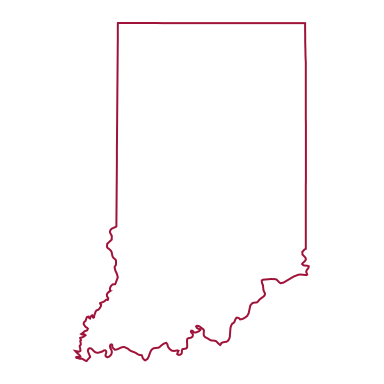 the State of Indiana
{"feature_id": "USA-3547", "entity_name": "Indiana", "entity_type": "State", "adm_level": 1, "iso_a3": "USA", "parent_name": "United States of America", "parent_adm1": "", "projection": "robinson", "projection_center": [-86.788, 39.771], "detail": "fine", "context": "isolated", "style": "outline", "palette": "rose", "viewbox_px": 384, "rotation_deg": 0, "n_neighbors": 0, "source": "natural_earth", "source_scale": "10m", "svg_char_len": 5123}
<svg xmlns="http://www.w3.org/2000/svg" viewBox="0 0 384 384"><path d="M305.1,28.4L305.2,35.1L305.2,41.9L305.4,49.4L305.5,56.1L305.8,62.5L305.8,69.3L305.8,76.2L305.8,83.1L305.8,90.0L305.8,96.8L305.8,103.7L305.8,110.6L305.8,117.5L305.9,124.4L305.9,131.2L305.9,138.1L305.9,145.0L305.9,151.9L305.9,158.8L305.9,165.6L305.9,172.5L305.9,179.5L305.8,186.4L305.8,193.3L305.8,200.3L305.8,207.2L305.8,214.1L305.8,221.1L305.8,228.0L305.8,234.9L305.8,241.9L305.8,248.8L304.4,249.6L302.3,251.9L302.5,254.6L304.5,256.6L305.5,257.8L305.9,259.3L305.2,260.8L302.7,263.1L302.1,264.0L303.0,265.0L304.1,265.5L307.1,265.7L308.7,266.2L308.6,267.5L307.7,269.0L306.7,270.1L306.2,271.8L307.2,274.6L306.2,275.1L300.5,274.5L298.1,274.8L293.6,276.6L283.5,282.6L280.6,283.2L279.3,282.4L276.8,279.8L275.6,279.2L271.2,279.0L263.1,279.7L261.8,280.4L261.8,282.0L262.3,283.8L262.9,285.0L263.5,290.3L265.0,293.6L264.7,295.2L263.7,296.4L260.0,299.1L259.0,300.2L257.9,301.6L256.9,302.4L253.9,302.7L252.4,303.1L250.3,305.5L248.7,313.1L247.2,316.0L244.7,317.8L243.3,318.6L240.7,319.4L239.9,319.3L239.5,318.6L239.1,318.3L238.3,317.9L237.3,317.7L236.6,317.7L235.7,318.7L234.2,322.3L233.5,323.0L232.3,323.6L231.4,325.1L230.7,327.0L230.4,328.8L229.8,336.9L229.1,339.1L228.6,339.9L228.1,340.6L227.4,341.2L226.6,341.7L223.2,342.3L221.5,342.9L220.8,344.3L220.2,345.0L218.7,343.8L216.0,341.1L214.4,340.7L210.9,340.4L209.5,339.6L208.3,338.8L205.5,337.3L204.4,336.4L203.8,335.2L203.7,333.9L203.9,330.3L203.3,329.3L199.6,326.5L198.3,325.9L196.9,325.8L196.1,326.4L196.9,327.9L198.3,328.8L199.8,329.2L200.4,329.8L199.1,331.2L196.2,332.4L194.5,332.5L193.7,332.3L193.3,331.5L192.9,331.1L192.1,330.7L191.3,330.7L190.9,331.5L191.2,332.4L192.5,333.7L192.9,334.7L192.6,336.5L191.4,337.5L189.8,338.0L188.3,338.2L187.3,338.9L187.0,340.7L187.2,346.3L187.0,347.6L186.1,348.5L182.4,349.2L181.9,350.5L181.9,352.2L181.4,353.9L179.9,354.8L178.2,354.8L177.2,354.0L177.7,352.5L178.5,350.8L177.2,350.4L174.1,351.0L171.6,350.6L169.5,348.9L167.9,346.6L167.4,344.3L166.2,342.8L163.7,343.7L161.0,345.7L159.4,347.2L158.5,347.7L154.4,348.1L153.1,348.6L152.1,349.3L151.3,350.2L150.5,351.6L148.5,357.0L147.4,359.0L145.2,360.4L144.4,359.9L143.8,359.4L142.7,358.0L142.4,357.1L142.2,356.2L141.9,355.4L141.1,355.1L139.8,355.0L138.8,354.7L138.0,354.4L135.6,352.8L130.8,350.9L129.5,350.1L128.3,349.0L126.7,348.1L125.0,347.3L123.5,346.9L120.6,347.7L117.7,349.2L114.9,349.8L112.5,347.5L112.3,346.7L112.3,345.2L112.0,344.6L111.4,344.4L110.8,344.5L110.3,345.0L110.0,346.1L110.3,348.0L111.6,350.5L111.9,352.2L111.2,354.6L109.4,356.5L107.3,357.3L105.7,356.3L105.5,355.0L106.3,352.2L106.1,351.0L105.2,350.3L104.0,350.4L103.0,351.0L102.3,351.6L101.6,351.7L98.8,352.6L97.5,352.8L95.9,352.5L94.6,351.8L93.5,350.8L92.4,349.6L91.1,348.5L89.6,348.2L88.4,348.9L87.9,350.7L88.1,351.8L90.2,356.9L87.0,360.4L86.6,361.0L85.3,360.6L82.8,359.1L81.6,358.6L80.0,358.8L78.3,358.2L77.0,358.0L76.5,357.9L76.2,357.5L76.2,357.1L76.5,356.9L78.5,357.0L79.6,357.0L80.4,356.6L79.9,355.6L76.5,352.4L75.3,351.0L78.5,351.6L79.2,351.6L80.3,351.0L80.5,350.4L80.3,349.6L80.2,348.4L79.7,346.7L79.8,345.6L80.4,345.2L80.8,344.6L80.7,343.3L80.5,341.9L80.2,341.1L81.0,340.1L80.1,338.0L80.9,337.6L82.1,337.4L83.4,336.8L84.5,336.1L85.5,335.2L84.5,334.3L82.3,334.6L81.2,334.0L82.8,332.9L84.3,331.5L85.0,331.0L86.6,330.6L87.2,330.3L87.9,328.7L87.1,327.8L85.7,327.0L85.0,326.2L84.8,325.7L84.3,325.1L83.8,324.5L83.7,323.5L83.9,322.5L84.4,321.9L85.0,321.4L85.6,320.7L86.1,319.3L86.5,317.9L87.2,316.9L88.5,316.6L88.6,317.1L89.3,318.1L90.0,318.5L90.6,316.9L91.0,316.2L91.6,315.6L92.1,315.3L92.4,315.7L92.6,316.5L92.9,317.4L93.5,317.7L94.0,317.3L94.2,316.4L94.3,315.3L94.5,314.5L95.0,313.6L95.6,311.6L96.2,310.7L96.7,310.3L98.1,309.8L98.6,309.5L99.7,308.2L100.8,306.4L101.1,304.7L100.1,303.7L100.1,303.1L102.2,302.4L104.4,301.3L105.0,300.8L105.8,300.0L106.3,299.6L107.0,299.5L107.4,299.9L107.7,300.0L108.2,299.0L108.2,298.0L107.0,296.3L106.8,294.9L107.2,293.6L107.9,292.7L108.8,292.0L109.7,291.4L109.3,291.4L109.5,291.2L109.8,291.0L110.0,290.7L110.2,290.2L109.9,288.5L110.5,286.8L111.5,285.4L112.7,284.4L113.4,284.3L114.3,284.3L115.2,284.2L115.5,283.5L117.8,277.3L116.9,273.9L115.4,270.7L114.6,267.5L114.8,266.5L115.8,265.2L116.0,264.2L116.0,260.7L115.6,259.7L113.5,257.9L112.8,257.0L112.3,255.5L111.7,252.4L111.0,250.8L108.9,248.8L107.9,248.2L107.4,247.7L107.0,247.0L107.2,243.8L111.7,239.6L111.8,235.9L110.2,233.0L109.9,231.6L110.6,229.8L111.9,228.6L116.1,226.7L116.4,226.3L116.4,223.0L116.5,210.7L116.6,198.3L116.7,186.0L116.8,173.6L116.9,161.4L116.9,149.1L117.0,136.9L117.1,124.6L117.2,112.4L117.3,100.1L117.4,87.9L117.5,75.6L117.6,63.4L117.7,51.1L117.8,38.9L117.8,26.6L117.9,23.0L127.4,23.0L134.5,23.0L138.1,23.0L138.5,23.0L139.5,23.0L139.9,23.0L145.2,23.0L150.6,23.0L155.9,23.0L161.3,23.1L166.6,23.1L172.0,23.1L177.3,23.1L182.7,23.1L188.0,23.1L193.4,23.1L198.7,23.1L204.1,23.1L209.4,23.1L214.8,23.1L220.1,23.1L225.5,23.1L230.8,23.1L236.2,23.1L241.5,23.1L246.9,23.1L252.2,23.1L257.6,23.1L262.9,23.1L268.3,23.1L273.6,23.1L279.0,23.1L284.3,23.1L289.7,23.1L295.0,23.1L300.4,23.1L305.1,23.2L305.1,28.4Z" fill="none" stroke="#9f1239" stroke-width="2"/></svg>